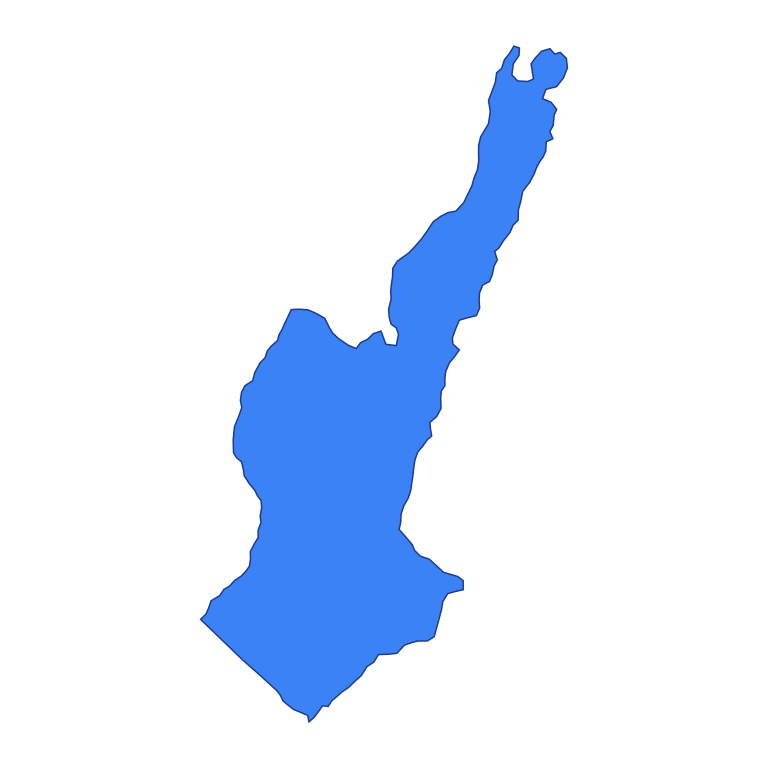 Osvaldo Cruz, São Paulo, Brazil (orthographic projection)
{"feature_id": "56859067B7933036647015", "entity_name": "Osvaldo Cruz", "entity_type": "district", "adm_level": 2, "iso_a3": "BRA", "parent_name": "Brazil", "parent_adm1": "São Paulo", "projection": "orthographic", "projection_center": [-50.856, -21.706], "detail": "fine", "context": "isolated", "style": "filled", "palette": "blue", "viewbox_px": 768, "rotation_deg": 0, "n_neighbors": 0, "source": "geoboundaries", "source_scale": "gbopen_adm2", "svg_char_len": 2865}
<svg xmlns="http://www.w3.org/2000/svg" viewBox="0 0 768 768"><path d="M495.3,82.5L488.5,100.6L490.3,111.5L488.5,123.7L480.7,136.8L478.6,145.5L478.6,154.5L478.8,160.5L477.3,170.2L474.0,178.0L471.9,185.8L469.0,191.8L463.8,202.5L455.8,211.2L448.2,212.5L441.1,216.1L433.2,221.8L427.5,230.5L421.5,238.9L415.6,245.7L409.1,252.7L403.6,256.6L397.3,261.2L392.8,268.3L392.5,277.0L391.6,283.0L390.7,290.6L391.1,298.9L388.6,309.3L389.2,317.3L391.1,324.1L396.3,327.9L398.5,334.3L396.3,345.6L385.9,344.3L381.0,331.1L373.3,333.7L367.4,339.4L360.5,342.7L356.3,348.6L347.9,345.0L338.5,338.6L332.6,333.0L329.5,327.9L324.7,318.2L316.1,313.4L307.9,309.8L298.9,309.2L291.2,309.6L287.4,317.9L284.6,323.5L282.2,329.3L279.0,334.9L277.5,340.6L271.4,346.0L267.3,350.9L265.2,357.6L260.1,362.8L254.9,372.4L252.6,380.8L245.0,385.6L241.5,392.4L240.4,400.5L241.8,407.6L238.7,416.4L234.5,426.6L233.2,439.5L233.5,452.7L236.8,458.0L241.5,461.7L243.3,469.1L244.3,475.9L249.3,483.7L254.7,490.1L257.5,495.9L261.0,500.4L261.7,507.2L260.2,516.3L261.0,522.4L258.1,530.2L258.1,537.6L254.4,543.7L250.3,551.7L250.5,558.9L249.4,566.3L245.1,572.1L241.1,576.2L234.6,580.5L229.6,586.0L223.9,589.4L219.7,595.6L211.1,600.7L208.6,608.1L206.0,614.0L200.6,619.4L242.8,660.1L259.9,675.2L277.0,690.8L280.5,695.5L283.0,700.9L288.6,705.6L293.5,709.4L300.2,712.2L307.6,715.3L309.0,721.9L314.1,717.4L318.9,711.0L322.5,705.8L328.1,706.5L331.7,700.9L336.9,696.5L342.0,691.9L348.5,687.5L354.8,681.3L361.1,675.8L367.1,666.5L373.9,662.0L378.4,654.6L388.6,654.2L396.9,653.3L404.5,645.1L412.3,642.4L418.0,641.0L427.2,641.0L434.1,636.8L436.6,627.8L439.1,618.8L441.6,609.1L442.8,601.7L447.7,593.6L455.0,591.6L463.2,589.7L463.2,580.7L457.7,576.5L450.3,574.3L443.5,572.3L436.6,565.9L429.3,559.2L420.4,556.2L414.6,550.4L412.2,544.6L405.4,536.6L399.1,529.4L400.6,523.0L401.1,514.3L403.6,506.2L408.0,498.5L410.8,490.3L411.6,483.9L412.8,476.3L413.7,468.2L414.9,460.2L417.7,452.1L422.8,446.0L427.3,439.8L431.7,435.9L430.5,429.2L429.9,422.4L436.6,416.6L441.0,408.5L440.7,397.5L441.4,390.8L444.9,385.7L444.9,379.1L445.6,371.7L449.4,362.8L454.5,356.7L459.4,349.9L452.9,344.1L452.4,337.9L455.4,329.5L459.3,320.2L467.4,317.8L476.4,315.6L479.7,307.9L479.1,301.1L479.5,293.1L482.7,285.0L489.5,281.5L492.3,274.4L494.1,266.0L497.3,259.9L494.7,251.5L499.2,247.6L503.4,240.8L510.0,232.4L513.0,225.4L518.1,220.2L518.4,209.9L520.8,201.1L522.8,191.2L529.8,182.2L534.3,173.5L536.4,168.0L539.3,162.2L542.9,157.4L545.7,151.3L546.3,141.8L552.9,138.7L549.8,131.5L553.2,125.5L554.1,115.1L556.7,109.3L551.1,102.3L542.5,98.6L546.0,89.3L556.5,86.7L563.4,78.0L567.4,68.0L566.4,58.4L560.2,52.3L554.8,54.1L549.9,48.7L541.6,51.2L535.6,57.6L531.1,63.8L532.2,71.0L533.5,79.0L527.7,81.5L517.6,80.9L511.9,74.9L513.3,63.8L519.0,55.5L519.4,48.0L513.9,46.1L509.7,53.1L504.4,59.9L501.7,68.3L496.6,72.8L495.3,82.5Z" fill="#3b82f6" stroke="#1e3a8a" stroke-width="1.5"/></svg>